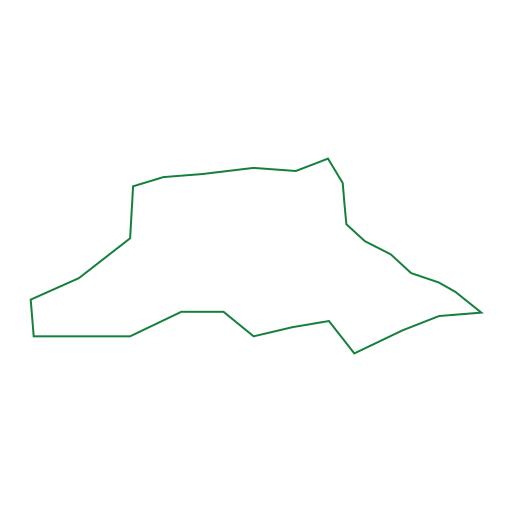 Temvria, Nicosia, Cyprus
{"feature_id": "46923920B57973274599513", "entity_name": "Temvria", "entity_type": "district", "adm_level": 2, "iso_a3": "CYP", "parent_name": "Cyprus", "parent_adm1": "Nicosia", "projection": "natural_earth1", "projection_center": [32.889, 35.023], "detail": "fine", "context": "isolated", "style": "outline", "palette": "green", "viewbox_px": 512, "rotation_deg": 0, "n_neighbors": 0, "source": "geoboundaries", "source_scale": "gbopen_adm2", "svg_char_len": 483}
<svg xmlns="http://www.w3.org/2000/svg" viewBox="0 0 512 512"><path d="M328.0,158.6L295.8,171.0L253.6,167.9L202.4,174.0L163.3,177.1L133.1,186.3L130.1,238.3L78.9,278.1L30.7,299.6L33.7,336.3L87.9,336.3L130.1,336.3L181.3,311.8L223.5,311.8L253.6,336.3L292.8,327.1L328.9,321.0L354.3,353.4L402.4,330.4L439.1,316.0L481.3,312.6L455.4,291.9L438.8,282.5L411.1,273.1L390.8,254.4L364.9,241.2L346.4,224.3L344.6,205.5L342.7,183.0L328.0,158.6Z" fill="none" stroke="#15803d" stroke-width="2"/></svg>